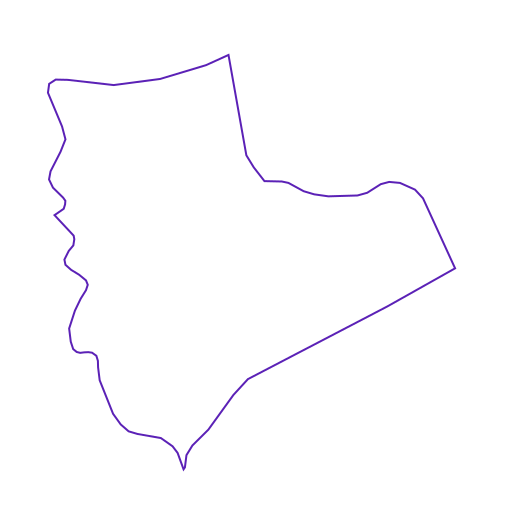 the border of Bạc Liêu, rotated 353°
{"feature_id": "VNM-506", "entity_name": "Bạc Liêu", "entity_type": "Province", "adm_level": 1, "iso_a3": "VNM", "parent_name": "Vietnam", "parent_adm1": "", "projection": "orthographic", "projection_center": [105.432, 9.309], "detail": "fine", "context": "isolated", "style": "outline", "palette": "violet", "viewbox_px": 512, "rotation_deg": 353, "n_neighbors": 0, "source": "natural_earth", "source_scale": "10m", "svg_char_len": 1029}
<svg xmlns="http://www.w3.org/2000/svg" viewBox="0 0 512 512"><g transform="rotate(353 256 256)"><path d="M452.1,292.5L380.1,322.1L233.0,377.2L216.7,391.1L187.5,422.6L169.8,436.3L162.7,445.2L159.7,457.1L158.1,458.9L154.2,441.9L150.0,434.7L139.4,425.1L116.7,418.2L108.2,414.5L101.2,406.7L94.9,395.2L85.7,360.3L85.7,347.2L86.3,340.8L85.4,335.6L81.5,332.0L77.8,331.0L73.7,330.7L69.7,330.7L66.3,329.4L63.2,326.1L61.7,318.5L61.7,305.2L69.6,288.2L76.8,277.0L83.1,269.2L85.5,264.1L84.3,259.5L78.1,253.0L70.9,247.3L65.8,241.5L65.4,236.2L70.8,228.1L76.0,223.2L77.7,217.2L77.5,213.6L61.0,190.9L70.9,185.7L72.8,181.5L73.5,178.0L71.7,174.6L62.8,163.4L59.9,154.8L62.4,146.9L74.7,128.7L81.1,117.0L79.3,103.9L69.4,68.6L71.7,59.9L78.7,56.5L90.5,58.2L135.6,69.0L182.3,68.6L229.6,60.5L253.2,53.1L258.7,154.9L264.6,167.8L273.5,182.7L290.7,185.2L297.1,187.4L311.2,197.5L321.3,201.9L335.1,205.6L364.1,208.3L374.1,206.8L388.6,199.9L397.2,198.7L407.8,201.0L421.9,209.5L428.8,219.1L452.1,292.5Z" fill="none" stroke="#5b21b6" stroke-width="2"/></g></svg>